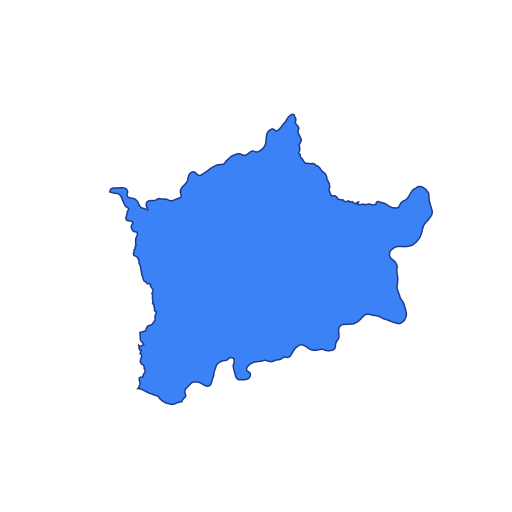 the district of Três Marias, Minas Gerais, Brazil, rotated 232°
{"feature_id": "56859067B13863340921701", "entity_name": "Três Marias", "entity_type": "district", "adm_level": 2, "iso_a3": "BRA", "parent_name": "Brazil", "parent_adm1": "Minas Gerais", "projection": "mercator", "projection_center": [-45.061, -18.299], "detail": "fine", "context": "isolated", "style": "filled", "palette": "blue", "viewbox_px": 512, "rotation_deg": 232, "n_neighbors": 0, "source": "geoboundaries", "source_scale": "gbopen_adm2", "svg_char_len": 6142}
<svg xmlns="http://www.w3.org/2000/svg" viewBox="0 0 512 512"><g transform="rotate(232 256 256)"><path d="M186.9,107.8L187.8,109.4L188.3,111.2L188.3,113.3L189.0,114.6L192.2,115.8L193.8,117.2L194.7,119.1L195.6,126.5L195.5,128.5L194.8,129.8L193.6,131.4L191.2,133.5L189.3,134.4L185.0,136.2L183.5,137.3L182.5,139.0L182.5,140.6L183.1,142.2L185.6,145.5L187.6,148.7L188.6,149.9L189.9,151.0L191.2,152.7L192.9,155.7L193.9,156.7L194.7,158.8L194.8,161.1L194.5,163.1L194.0,165.1L191.9,168.7L192.0,170.7L191.9,173.0L190.7,174.4L189.0,175.3L186.6,174.2L185.2,172.7L184.2,171.1L182.3,169.6L176.9,167.3L175.0,166.4L172.7,165.6L171.1,165.5L169.3,166.0L165.9,170.3L164.7,172.5L164.1,174.0L164.1,175.4L164.8,177.3L166.3,178.9L168.0,179.2L171.8,178.0L173.4,179.8L174.1,181.4L174.4,183.3L174.5,185.2L173.4,189.6L170.1,195.0L169.3,196.8L168.8,198.3L167.8,199.4L164.3,201.9L163.0,203.5L161.4,208.3L159.6,211.2L159.3,212.9L159.3,215.3L158.1,217.0L156.4,218.6L156.0,221.3L158.5,228.0L159.1,230.2L159.2,231.7L159.1,235.0L158.1,237.4L154.7,239.3L152.8,240.1L151.5,240.2L148.7,241.4L146.3,243.2L144.5,245.6L142.7,249.3L141.8,250.8L138.7,252.8L137.2,254.2L136.3,255.2L134.6,258.5L134.5,260.7L135.5,262.6L137.1,263.9L138.2,265.3L139.0,267.0L140.0,269.9L140.7,271.2L143.7,273.5L146.6,275.2L148.4,277.4L149.0,278.8L149.1,280.4L148.8,281.8L146.8,284.9L142.7,290.5L142.1,292.8L141.7,294.9L141.7,297.4L141.8,299.8L142.3,301.8L142.5,303.8L142.5,305.9L142.0,307.3L141.0,308.8L139.3,310.2L137.4,311.5L136.2,312.9L133.4,315.2L130.8,316.7L128.1,317.8L126.4,319.1L119.9,323.0L117.4,324.7L114.6,327.0L113.9,328.9L113.8,333.1L115.9,337.0L118.0,339.1L122.7,341.3L124.3,341.8L126.1,342.7L127.5,343.2L129.1,343.5L134.0,343.8L137.5,345.2L139.4,345.7L143.2,347.1L144.9,348.2L146.4,349.6L147.8,351.1L150.3,353.3L151.8,354.4L155.0,356.1L158.0,358.1L159.1,359.0L160.1,360.3L161.4,361.1L162.7,361.6L166.1,362.0L171.0,360.9L172.9,361.1L174.6,361.7L175.9,363.0L177.0,364.3L177.5,366.0L177.5,370.7L176.6,372.8L175.6,374.5L171.0,380.0L169.5,382.8L168.6,384.9L168.2,387.0L168.4,391.1L169.6,396.1L172.0,400.4L174.6,403.7L176.7,406.6L177.7,409.2L178.4,413.8L179.9,419.0L180.8,420.6L182.3,422.2L184.0,423.0L188.9,424.9L193.4,426.9L197.3,429.5L198.6,430.3L200.0,430.8L203.9,430.8L206.8,430.0L208.4,429.2L209.7,428.2L210.7,426.9L211.0,425.5L211.0,423.8L211.3,422.2L211.5,420.2L210.5,416.9L208.8,412.9L208.0,409.6L208.1,407.8L208.7,405.8L208.6,402.6L206.8,399.2L206.8,397.5L207.5,396.0L210.3,393.0L213.9,391.3L217.4,390.1L219.1,389.2L221.7,387.2L223.8,385.8L224.2,384.1L223.2,382.6L223.4,380.8L224.5,379.3L227.6,377.0L228.9,373.9L230.4,373.0L232.8,369.0L234.3,368.1L235.4,370.0L236.0,368.6L235.7,367.0L237.2,365.7L239.5,365.5L240.6,363.2L242.5,363.0L243.0,361.2L243.7,360.0L244.8,359.0L246.4,359.3L247.8,357.7L250.6,355.4L252.1,356.0L254.3,355.6L256.1,353.9L257.0,352.4L260.2,353.2L262.1,354.0L263.7,354.4L264.6,356.4L265.9,357.0L267.8,358.4L269.1,358.4L270.5,358.9L272.4,358.9L275.1,360.6L278.5,361.2L281.8,360.4L284.0,360.2L285.9,360.5L287.8,360.2L289.1,360.0L290.0,358.9L291.6,359.0L293.6,358.1L295.8,355.0L297.1,354.0L298.3,352.2L300.4,351.8L304.0,352.3L305.5,351.8L306.9,352.2L308.8,353.2L311.0,353.0L311.9,354.7L313.0,356.1L315.6,357.8L317.0,358.1L317.8,360.3L318.6,361.9L319.7,363.3L323.5,364.4L325.9,364.7L327.6,365.3L329.0,366.3L329.8,368.0L331.6,368.9L335.9,368.8L337.4,369.5L338.7,371.2L340.2,372.1L342.0,372.2L343.6,373.0L345.2,372.1L345.7,370.6L345.6,366.9L343.7,362.0L343.1,358.5L342.6,356.7L342.0,355.3L341.5,350.4L342.2,348.7L344.3,348.2L345.9,347.4L346.5,346.2L346.7,344.4L346.6,342.2L346.0,340.6L345.3,339.3L338.9,333.1L337.7,331.3L336.9,329.5L336.5,327.3L336.5,324.1L336.7,322.6L337.3,320.9L338.1,319.9L340.7,318.2L341.5,316.6L341.5,311.0L342.3,308.8L344.0,307.5L345.8,306.7L347.3,305.4L348.6,302.7L349.8,298.0L349.4,293.0L349.2,290.8L348.4,288.5L348.4,286.7L351.4,282.1L352.4,278.6L353.0,273.9L353.0,269.9L353.4,263.5L353.7,262.1L354.9,260.3L356.8,259.8L359.1,259.7L360.9,258.5L361.7,256.8L361.7,255.1L361.4,253.6L359.8,251.1L358.9,249.8L357.5,248.4L356.7,246.8L356.4,245.0L355.7,239.9L354.4,237.0L352.7,235.5L349.5,234.3L348.5,232.9L348.9,231.4L349.5,229.9L350.7,225.2L351.5,223.4L352.9,222.0L355.6,220.6L356.6,219.7L358.5,217.2L360.8,215.2L361.6,213.6L361.6,211.7L362.2,210.1L364.2,207.6L365.2,205.9L365.8,204.3L365.4,202.5L363.8,201.0L362.4,200.1L360.9,200.0L359.2,199.1L360.8,197.9L362.4,197.1L363.5,196.0L365.2,195.1L368.2,195.3L371.5,196.2L374.8,195.9L376.4,195.1L379.5,192.4L380.9,191.5L382.5,191.3L383.7,192.0L384.5,193.3L385.6,194.4L387.3,195.0L388.9,195.1L390.3,194.3L391.9,192.9L393.0,191.5L397.7,184.9L398.2,183.0L397.5,181.5L396.6,180.2L393.3,182.5L390.1,185.7L388.2,186.3L385.5,186.2L383.9,185.8L381.1,184.8L375.5,183.8L371.9,184.9L370.8,183.8L370.3,182.1L368.3,179.8L366.0,176.7L364.1,176.0L362.4,177.1L360.9,178.6L359.2,179.6L357.8,179.4L357.1,177.6L356.1,175.8L354.5,174.9L350.9,174.5L348.2,176.7L346.1,176.1L344.9,174.2L343.8,172.0L339.8,168.7L338.2,167.9L337.5,166.2L336.3,165.4L336.0,163.8L334.7,162.9L333.5,161.0L331.6,160.1L328.8,161.8L326.6,161.3L325.0,161.5L323.8,160.4L322.2,159.4L318.7,158.5L317.3,157.4L314.3,156.1L311.4,154.4L309.5,153.9L307.5,153.0L305.1,152.4L303.2,153.3L301.2,153.2L300.2,154.5L298.8,155.3L296.9,154.3L292.8,154.1L291.3,152.6L290.6,150.9L288.9,150.4L286.0,148.0L284.2,147.4L282.1,145.1L280.6,145.7L279.0,144.4L277.3,144.0L276.1,142.7L274.8,142.4L273.2,143.1L270.8,139.4L268.0,137.4L267.1,135.9L266.9,134.3L266.1,132.8L266.5,129.8L267.4,128.5L267.4,127.0L266.8,125.7L265.9,124.4L265.2,122.9L265.5,121.5L267.2,117.3L263.6,115.2L262.4,114.0L260.7,113.2L258.5,113.0L257.0,113.3L255.4,113.1L255.9,109.1L257.8,108.7L255.0,106.8L253.2,106.6L252.3,107.6L250.4,104.5L248.9,105.0L247.6,104.6L245.7,101.7L244.4,100.0L242.9,99.3L240.5,99.5L238.9,100.3L237.7,99.8L236.4,98.7L234.4,98.3L232.4,96.7L232.2,94.8L231.2,93.3L230.4,91.9L231.6,90.4L231.6,88.8L230.3,87.7L228.3,87.0L226.4,85.7L224.8,83.1L224.3,81.2L222.8,82.8L221.4,83.8L214.0,87.2L211.6,88.8L208.4,90.6L207.3,91.7L205.8,92.4L202.3,92.4L200.1,92.8L196.7,94.0L195.5,94.6L190.9,98.2L189.9,99.8L188.7,104.0L187.9,106.0L186.9,107.8Z" fill="#3b82f6" stroke="#1e3a8a" stroke-width="1.5"/></g></svg>